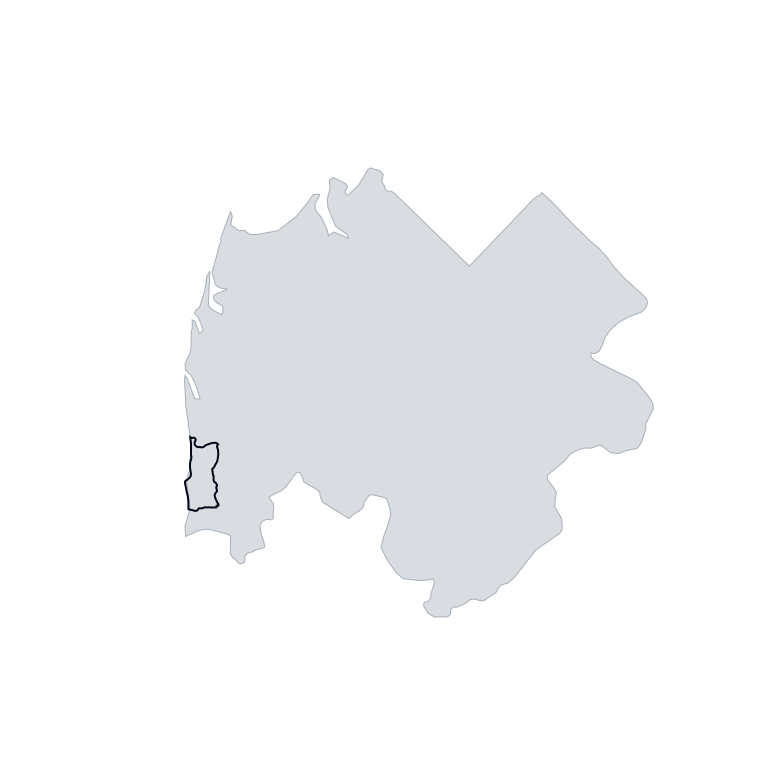 location of Basse-Banio, Nyanga, Gabon, rotated 44°
{"feature_id": "22940354B35468012310479", "entity_name": "Basse-Banio", "entity_type": "district", "adm_level": 2, "iso_a3": "GAB", "parent_name": "Gabon", "parent_adm1": "Nyanga", "projection": "orthographic", "projection_center": [10.764, -3.223], "detail": "fine", "context": "in_parent", "style": "outline", "palette": "ink", "viewbox_px": 768, "rotation_deg": 44, "n_neighbors": 0, "source": "geoboundaries", "source_scale": "gbopen_adm2", "svg_char_len": 5051}
<svg xmlns="http://www.w3.org/2000/svg" viewBox="0 0 768 768"><g transform="rotate(44 384 384)"><path d="M519.5,147.9L519.2,153.4L512.9,167.0L509.9,177.5L509.2,188.6L510.9,197.6L514.0,204.0L515.9,211.0L514.4,215.9L511.4,217.9L513.5,220.4L518.1,221.0L525.9,218.9L537.9,215.2L553.7,209.9L564.0,207.0L581.1,208.9L590.2,210.9L594.9,214.7L600.0,230.8L602.5,233.2L606.6,240.1L610.1,248.3L610.8,252.4L610.5,255.4L607.0,259.8L603.1,266.3L601.7,270.3L598.4,273.2L594.3,276.1L582.9,277.2L581.1,278.9L577.9,285.8L571.9,291.7L569.2,297.2L566.7,304.6L567.2,313.8L566.0,327.1L564.8,336.0L567.8,339.1L581.4,341.4L584.1,343.2L587.7,348.7L592.4,353.9L604.9,357.3L609.7,361.3L613.6,365.6L614.1,369.2L611.3,383.6L608.6,397.4L609.6,407.9L610.6,417.9L612.1,432.5L611.4,441.4L607.9,446.9L607.9,451.1L609.5,456.3L606.3,470.5L604.3,472.9L598.7,475.5L595.8,479.3L594.8,485.3L591.8,493.5L588.7,496.5L588.7,500.4L591.7,503.2L591.6,507.4L586.0,512.5L582.6,516.4L575.2,518.3L566.7,516.2L564.7,513.4L566.8,509.0L566.1,505.4L563.1,501.7L558.6,492.2L554.6,490.1L552.3,494.0L545.4,501.3L533.1,510.6L524.6,511.3L508.8,508.4L495.5,503.9L489.3,493.0L485.4,484.0L479.8,473.5L473.4,468.5L466.6,465.3L463.6,465.1L453.9,470.9L451.0,473.2L451.0,478.1L451.9,482.7L453.4,484.9L454.7,487.8L454.4,492.4L452.7,498.4L452.1,505.2L421.7,511.7L416.4,509.3L412.6,506.3L408.0,506.8L394.8,510.2L389.9,507.8L385.1,506.1L382.9,507.5L382.7,510.4L384.9,526.2L384.2,532.3L381.2,540.1L379.7,545.5L387.8,547.0L390.7,549.5L393.5,553.4L397.4,557.2L397.7,559.4L393.2,563.5L391.7,568.6L393.8,572.6L399.3,576.8L407.3,581.1L411.2,583.9L410.8,586.5L407.1,592.0L405.7,596.7L403.1,600.9L403.7,604.7L407.3,608.4L406.9,611.6L404.4,614.0L399.4,613.5L395.2,613.9L391.4,612.9L379.6,600.3L377.0,600.0L359.8,609.6L355.5,613.5L352.0,619.2L347.2,631.5L339.4,624.3L332.7,611.2L324.8,603.2L308.3,590.2L303.9,580.6L285.0,559.5L257.8,538.4L238.1,520.1L235.1,516.1L238.4,516.6L257.4,525.7L260.0,524.7L262.2,522.6L254.0,517.8L246.2,514.1L238.8,511.7L231.5,511.9L227.3,508.1L224.7,502.2L223.3,497.1L220.1,491.9L209.6,481.0L207.1,476.8L201.4,471.1L204.8,470.4L216.0,475.8L217.0,473.6L216.1,470.4L204.8,465.2L198.7,464.9L197.3,461.3L198.1,457.0L190.1,441.2L181.7,429.4L180.4,423.8L203.0,449.5L206.0,449.9L209.9,449.7L219.2,446.8L217.5,443.4L213.3,439.7L209.2,441.4L203.9,441.7L201.1,440.2L199.9,437.6L205.2,425.0L202.9,425.7L201.2,427.9L198.3,429.0L193.8,429.6L182.7,423.0L172.9,404.9L170.3,401.2L167.7,394.9L165.1,392.3L153.9,366.7L158.2,368.6L163.3,376.0L173.2,374.4L177.1,370.1L180.5,370.3L184.0,369.3L188.4,365.2L201.1,347.5L204.5,324.2L203.4,310.3L201.6,296.6L205.8,292.2L207.4,295.1L208.3,299.9L210.3,303.6L214.8,306.8L223.3,307.6L236.3,312.7L241.0,316.0L242.3,309.5L257.3,303.9L252.8,302.0L239.4,304.2L221.0,295.9L215.0,290.7L209.3,280.8L203.4,275.6L203.8,270.9L217.0,266.6L220.5,267.1L221.9,272.2L225.4,274.3L226.7,273.6L227.3,269.2L227.4,257.5L223.4,240.6L224.6,237.4L228.2,236.2L231.4,234.0L233.7,233.6L238.1,234.0L240.4,237.9L241.6,240.0L246.1,241.0L249.8,243.1L253.0,242.5L255.6,240.1L259.5,239.6L271.5,239.6L282.3,239.7L304.0,239.7L325.7,239.8L347.3,239.9L363.6,239.9L363.6,230.3L363.5,215.5L363.4,197.9L363.3,181.1L363.2,165.6L363.1,147.2L364.0,141.9L365.0,139.7L364.6,136.7L381.4,136.5L411.7,137.9L425.0,137.7L428.8,138.0L445.3,137.1L458.7,138.2L464.4,139.5L469.6,140.2L485.6,141.0L506.6,140.1L513.7,140.3L517.6,142.9L519.5,147.9Z" fill="#d9dde1" stroke="#a8b0b8" stroke-width="1"/><path d="M349.3,586.7L349.0,585.9L348.2,585.4L347.2,585.2L346.0,584.9L345.0,584.5L343.4,583.9L341.6,583.1L340.5,582.4L339.7,581.9L339.2,581.2L338.7,580.3L338.5,579.2L338.5,578.1L338.3,577.2L337.8,576.5L337.0,576.1L335.8,575.5L335.5,575.1L335.0,574.7L334.8,574.2L334.7,573.5L334.4,573.0L333.6,572.5L332.9,572.3L331.9,572.1L329.4,572.2L328.4,571.6L327.6,571.0L325.4,568.5L324.4,568.3L323.7,567.9L322.6,567.0L322.0,566.4L320.8,565.6L319.6,564.6L319.6,564.1L319.6,562.9L319.4,561.3L318.7,559.2L317.9,555.8L316.7,554.0L315.4,552.0L313.9,550.0L310.6,546.9L308.9,545.9L307.6,545.2L307.0,544.6L306.6,543.6L306.6,542.6L305.1,542.7L304.0,543.2L303.1,543.7L302.3,544.8L301.4,545.9L300.6,547.1L299.7,548.9L298.9,550.6L298.2,551.8L298.2,553.5L297.8,554.9L297.2,555.9L296.8,556.3L295.9,556.9L295.2,557.2L294.8,557.8L294.2,558.5L293.3,559.1L292.2,559.2L290.7,559.2L290.0,559.1L289.0,558.2L288.5,557.7L287.8,556.3L287.5,555.1L286.9,554.6L286.0,554.4L285.1,554.4L284.3,554.9L283.8,555.6L283.3,556.3L282.5,556.6L281.5,556.8L281.8,557.1L286.8,561.1L290.7,565.2L294.0,568.7L296.3,570.4L297.4,571.9L298.6,574.4L299.9,576.1L302.2,578.6L304.3,580.3L307.1,582.3L308.5,583.8L309.2,585.5L309.2,587.5L309.1,589.3L308.6,591.0L308.6,592.3L309.7,593.5L313.3,596.0L317.1,598.7L320.8,601.0L325.2,604.7L330.3,609.9L331.1,609.4L332.2,608.8L333.1,608.3L334.1,607.6L335.4,607.1L336.2,606.5L337.0,605.6L337.5,604.8L337.5,604.0L337.3,603.2L337.1,602.4L337.5,601.7L339.2,600.1L339.9,599.2L340.2,598.2L340.6,597.4L341.9,596.2L343.9,594.2L346.6,591.8L348.3,590.1L349.0,589.4L349.1,588.6L348.2,588.0L348.3,587.5L349.3,586.7Z" fill="none" stroke="#020617" stroke-width="2"/></g></svg>